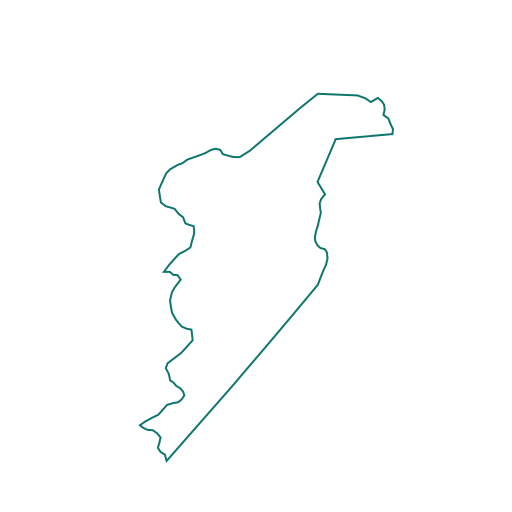 Capistrano, Ceará, Brazil (Equal Earth projection), rotated 56°
{"feature_id": "56859067B99249813136539", "entity_name": "Capistrano", "entity_type": "district", "adm_level": 2, "iso_a3": "BRA", "parent_name": "Brazil", "parent_adm1": "Ceará", "projection": "equal_earth", "projection_center": [-38.911, -4.467], "detail": "fine", "context": "isolated", "style": "outline", "palette": "teal", "viewbox_px": 512, "rotation_deg": 56, "n_neighbors": 0, "source": "geoboundaries", "source_scale": "gbopen_adm2", "svg_char_len": 1664}
<svg xmlns="http://www.w3.org/2000/svg" viewBox="0 0 512 512"><g transform="rotate(56 256 256)"><path d="M136.1,278.6L137.1,283.7L139.7,288.4L144.2,295.6L146.7,299.4L151.7,301.8L158.4,304.9L164.3,303.0L168.1,299.7L171.4,297.1L177.7,296.6L183.1,294.8L189.5,296.3L193.1,293.8L196.3,291.0L200.1,292.8L203.4,295.4L207.2,300.0L212.2,305.6L212.2,311.3L211.3,318.6L212.5,324.2L214.8,333.0L217.6,341.2L221.0,336.3L225.4,335.1L228.1,331.7L233.5,331.7L236.5,340.7L239.0,345.9L244.7,352.1L251.1,355.2L256.0,357.3L259.8,357.7L264.4,358.0L268.2,357.7L273.0,357.0L277.6,354.1L280.9,350.7L285.1,352.8L290.5,355.7L294.5,372.1L295.5,389.2L298.5,393.5L304.9,394.2L311.1,396.7L314.8,395.2L319.3,394.7L323.4,392.7L327.6,392.3L331.4,393.3L333.3,397.7L333.7,402.4L331.6,407.0L329.7,412.9L333.0,425.8L332.0,432.5L331.3,440.5L331.4,446.9L335.4,445.6L339.5,443.1L342.7,439.0L347.7,437.1L353.0,436.6L356.3,440.0L360.2,444.6L365.1,444.7L369.7,442.6L375.9,444.7L350.0,346.1L347.4,337.1L337.2,300.2L326.4,262.1L314.4,220.7L310.8,215.7L306.6,209.7L302.5,203.0L298.1,198.1L292.6,195.2L288.7,195.2L285.5,198.1L281.8,199.1L276.9,198.6L273.5,196.8L269.1,192.4L265.0,187.3L260.6,182.7L256.6,178.2L251.8,175.9L248.0,173.8L245.3,170.3L243.5,164.3L229.0,163.6L215.8,143.2L203.7,124.6L231.2,74.7L227.5,71.5L222.0,70.7L216.0,69.4L210.4,71.5L206.5,67.4L202.4,65.3L198.4,65.1L193.1,66.6L192.6,74.7L186.3,77.2L179.6,82.1L170.8,94.1L156.1,114.0L158.0,136.5L159.9,153.8L163.0,181.9L165.3,202.3L164.9,214.3L161.4,219.2L158.4,222.0L153.1,226.5L148.1,226.3L144.6,229.3L142.9,233.9L142.3,240.6L140.6,247.9L137.7,258.9L137.9,265.4L136.7,269.8L136.1,278.6Z" fill="none" stroke="#0f766e" stroke-width="2"/></g></svg>